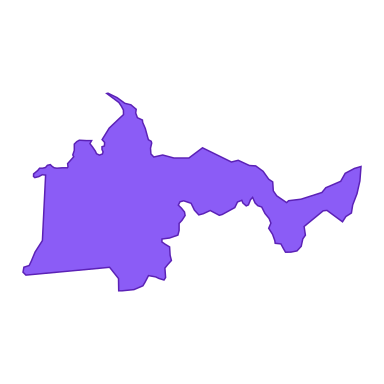 outline of Bambari, Ouaka, Central African Republic
{"feature_id": "33826404B32260495393800", "entity_name": "Bambari", "entity_type": "district", "adm_level": 2, "iso_a3": "CAF", "parent_name": "Central African Republic", "parent_adm1": "Ouaka", "projection": "orthographic", "projection_center": [21.01, 5.752], "detail": "fine", "context": "isolated", "style": "filled", "palette": "violet", "viewbox_px": 384, "rotation_deg": 0, "n_neighbors": 0, "source": "geoboundaries", "source_scale": "gbopen_adm2", "svg_char_len": 2082}
<svg xmlns="http://www.w3.org/2000/svg" viewBox="0 0 384 384"><path d="M361.0,166.5L354.5,168.4L345.2,173.3L340.7,181.3L325.8,187.7L321.9,192.5L301.0,199.2L288.6,200.7L286.6,202.6L276.7,195.8L273.3,190.9L272.7,181.9L268.7,179.2L263.1,171.3L255.7,165.9L249.4,165.5L238.2,160.3L231.4,162.0L202.5,147.8L188.9,158.0L173.9,158.0L162.7,155.0L153.8,157.0L150.9,153.9L150.5,148.2L151.7,143.1L151.2,141.3L148.4,139.7L147.4,136.3L145.3,128.5L142.7,122.5L142.4,120.0L137.4,117.7L135.7,113.0L136.2,109.3L130.9,104.8L124.8,103.3L117.2,97.7L108.0,93.2L106.8,93.5L118.9,102.5L121.3,106.1L123.4,110.0L123.5,114.6L119.8,118.0L109.2,128.1L102.1,139.6L104.6,142.4L104.4,146.0L102.0,146.7L102.0,149.5L103.1,151.9L102.4,154.0L99.4,155.1L96.5,153.7L95.4,151.2L92.4,146.8L89.9,143.6L91.6,140.6L86.2,140.6L79.3,140.2L76.8,141.6L74.3,144.1L74.3,150.4L72.8,154.9L73.7,156.8L67.6,163.6L68.0,166.8L67.4,167.8L62.2,167.8L56.9,168.2L54.2,167.8L52.0,166.3L50.3,164.6L47.4,165.3L45.5,167.5L42.6,168.2L39.6,168.2L37.7,170.5L33.6,173.9L33.5,176.4L34.8,177.6L38.8,176.6L42.3,174.7L45.6,175.1L42.4,240.6L35.1,252.0L31.4,260.9L29.2,265.5L23.9,267.2L23.0,272.2L25.9,275.1L109.6,267.3L118.5,278.5L118.7,290.8L122.0,290.8L134.0,289.6L142.9,285.8L145.0,282.3L148.5,275.6L155.7,276.9L159.0,278.5L164.0,280.0L165.6,277.5L164.9,268.1L167.7,264.6L171.4,260.5L170.1,255.2L169.6,246.9L165.1,244.2L161.9,241.9L162.0,239.0L169.6,238.0L177.9,235.1L179.1,230.5L179.1,223.4L182.0,220.3L185.1,215.5L184.5,212.0L181.4,208.1L178.3,205.1L180.0,201.8L183.7,200.8L191.1,203.3L194.4,210.1L198.8,214.9L203.3,213.7L210.2,210.5L219.3,215.3L222.2,214.5L234.8,207.6L237.5,202.0L241.8,200.3L242.9,203.0L246.2,205.9L248.4,204.9L250.5,199.7L252.6,197.4L255.1,203.0L257.8,205.7L261.7,207.0L265.0,213.5L269.1,218.5L270.9,223.1L268.7,228.3L272.6,234.4L274.8,240.6L275.2,243.3L280.9,243.9L283.2,248.2L285.5,252.2L291.0,252.1L297.0,250.9L301.2,246.3L302.8,238.9L305.4,235.2L304.1,226.5L323.2,210.8L327.0,210.4L342.5,221.8L345.9,216.5L351.4,213.0L352.7,204.9L357.0,193.7L359.9,180.9L361.0,166.5Z" fill="#8b5cf6" stroke="#5b21b6" stroke-width="1.5"/></svg>